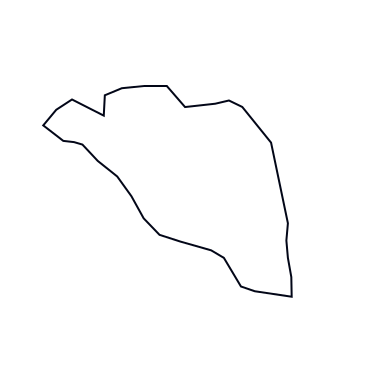 SVG path tracing the border of Namutumba, rotated 149°
{"feature_id": "UGA-3073", "entity_name": "Namutumba", "entity_type": "County", "adm_level": 1, "iso_a3": "UGA", "parent_name": "Uganda", "parent_adm1": "", "projection": "robinson", "projection_center": [33.694, 0.883], "detail": "fine", "context": "isolated", "style": "outline", "palette": "ink", "viewbox_px": 384, "rotation_deg": 149, "n_neighbors": 0, "source": "natural_earth", "source_scale": "10m", "svg_char_len": 544}
<svg xmlns="http://www.w3.org/2000/svg" viewBox="0 0 384 384"><g transform="rotate(149 192 192)"><path d="M159.0,295.8L154.2,268.4L126.6,255.7L113.2,251.4L105.1,239.0L98.8,193.6L125.9,115.8L136.1,101.8L143.7,86.2L150.7,67.9L160.5,50.9L189.3,74.6L198.7,85.8L198.6,119.1L205.6,132.1L227.5,155.5L241.9,172.0L247.0,194.3L246.1,219.6L248.1,243.8L256.8,267.2L261.5,289.1L267.4,295.5L276.0,302.1L285.2,325.7L266.0,332.4L247.2,333.1L228.3,302.9L216.9,319.8L198.7,317.1L178.4,307.5L159.0,295.8Z" fill="none" stroke="#020617" stroke-width="2"/></g></svg>